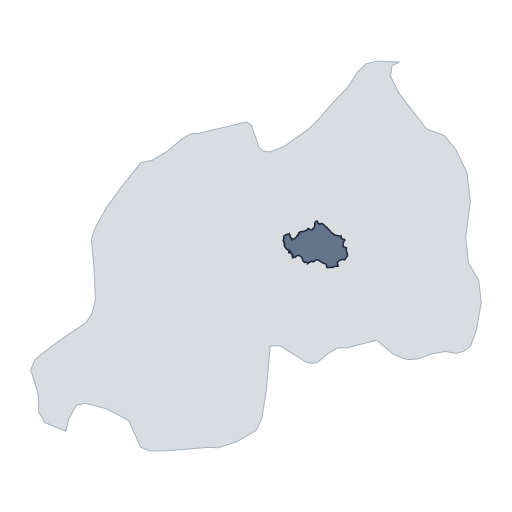 Gasabo, Kigali City, Rwanda (highlighted)
{"feature_id": "39286606B27612515465928", "entity_name": "Gasabo", "entity_type": "district", "adm_level": 2, "iso_a3": "RWA", "parent_name": "Rwanda", "parent_adm1": "Kigali City", "projection": "mercator", "projection_center": [30.108, -1.884], "detail": "fine", "context": "in_parent", "style": "filled", "palette": "slate", "viewbox_px": 512, "rotation_deg": 0, "n_neighbors": 0, "source": "geoboundaries", "source_scale": "gbopen_adm2", "svg_char_len": 6204}
<svg xmlns="http://www.w3.org/2000/svg" viewBox="0 0 512 512"><path d="M191.3,133.6L198.6,133.4L246.7,121.9L251.5,125.5L259.2,147.9L263.3,151.1L270.1,151.9L283.5,146.8L308.3,129.3L319.1,118.7L331.9,103.8L348.1,86.9L357.2,72.3L366.1,63.7L377.7,61.1L390.5,61.8L399.5,62.0L392.1,65.6L390.6,76.3L399.1,93.5L426.7,129.1L444.3,135.6L455.8,149.4L467.0,172.7L470.3,201.9L465.7,236.9L468.5,263.0L478.6,280.1L481.3,302.3L476.5,329.6L470.6,345.9L463.7,351.3L455.8,353.3L445.2,351.5L432.2,353.8L418.1,358.9L409.2,359.6L403.7,358.6L393.3,354.3L376.8,340.2L346.1,348.0L337.8,347.8L326.6,354.5L317.4,362.7L311.8,363.3L306.2,362.2L279.7,345.6L270.1,346.1L266.1,392.8L261.7,418.7L256.2,430.3L237.3,441.5L218.3,447.8L207.9,447.4L166.0,450.8L149.6,450.9L140.6,447.1L128.8,420.6L106.6,408.8L85.3,403.3L76.6,404.9L68.9,418.7L65.7,431.1L45.0,422.6L38.8,412.1L38.3,394.4L30.7,370.0L34.9,359.7L43.0,353.0L60.2,340.1L86.2,322.4L91.9,313.8L95.5,299.7L93.9,266.8L91.4,239.1L94.5,229.2L106.4,207.7L122.3,185.8L141.0,162.6L152.2,160.3L166.9,151.5L182.5,138.5L191.3,133.6Z" fill="#d9dde1" stroke="#a8b0b8" stroke-width="1"/><path d="M302.6,259.2L302.9,260.6L303.1,261.0L303.6,261.6L304.1,262.0L304.4,262.0L304.5,262.3L304.8,262.0L306.4,262.5L306.8,262.5L307.1,262.6L307.4,262.9L307.6,262.8L307.5,262.5L307.5,262.3L307.7,262.7L308.3,263.1L308.2,263.3L308.5,263.1L308.8,262.5L309.1,262.4L309.3,262.2L309.7,262.2L310.4,261.8L311.7,261.3L311.8,261.2L312.3,261.5L312.8,261.6L313.3,261.8L313.3,261.7L313.6,261.6L314.1,261.4L315.0,260.6L316.6,259.7L317.0,259.8L318.7,260.3L319.0,260.3L320.2,261.4L322.2,262.6L322.8,262.9L324.2,263.4L324.3,263.4L324.6,263.5L325.5,263.8L326.0,264.2L326.0,264.5L326.6,265.4L326.7,267.4L326.8,267.5L327.3,267.5L328.9,267.5L329.7,267.5L331.0,267.4L332.7,267.5L333.0,267.4L333.2,267.1L333.5,266.9L334.0,266.6L334.6,266.4L336.8,266.3L336.9,266.2L337.5,266.2L338.3,266.1L338.3,265.9L337.8,265.2L337.6,265.0L337.6,264.0L337.4,263.2L337.5,262.7L337.6,262.4L337.8,261.9L337.9,261.7L339.1,260.7L339.9,260.2L340.2,260.1L341.4,259.7L341.6,259.7L342.4,259.4L344.8,259.9L345.3,258.6L346.0,258.0L346.5,256.8L347.5,255.8L347.5,255.6L347.4,253.9L347.1,253.4L347.1,253.2L347.0,252.7L346.9,252.6L346.7,251.9L346.6,251.2L346.2,250.2L346.1,249.8L346.2,249.0L346.1,248.6L346.3,248.3L346.6,248.0L346.4,247.8L346.1,247.7L345.1,247.2L344.8,247.1L343.6,246.9L343.3,246.7L343.3,245.8L343.1,243.9L343.3,243.0L343.3,242.5L343.4,242.4L343.8,242.1L343.8,241.7L343.8,241.2L344.9,240.1L344.6,239.9L344.4,239.5L344.2,239.6L343.8,239.3L342.3,238.8L341.9,238.5L341.6,238.4L341.3,238.4L341.0,238.5L340.9,238.4L341.0,238.2L341.1,237.9L341.3,237.3L341.0,235.8L340.5,236.0L339.6,236.0L338.2,235.8L335.8,235.2L334.8,235.0L334.4,234.9L334.2,234.7L333.8,234.3L333.4,233.7L332.6,233.3L332.0,233.0L331.7,232.9L331.1,232.5L330.7,231.6L329.6,230.3L329.3,230.1L328.8,229.8L328.5,229.5L328.3,228.9L328.0,228.6L327.6,228.4L326.3,226.8L324.9,226.1L324.6,225.9L324.5,225.7L324.4,225.3L324.2,225.0L324.0,224.9L323.3,224.6L322.6,223.8L322.2,223.6L321.8,223.4L321.5,223.4L321.2,223.5L320.8,223.8L320.7,223.8L320.2,223.9L319.5,223.8L318.7,224.0L318.4,223.8L318.3,223.7L317.9,222.3L317.5,221.3L316.6,221.1L315.6,221.6L315.3,222.0L315.2,222.4L314.7,223.4L314.8,225.5L314.7,225.8L314.3,226.6L314.2,227.6L313.7,228.1L313.1,228.4L313.0,228.6L312.9,228.8L312.7,228.9L312.5,229.2L312.3,229.7L312.1,229.9L311.9,230.1L311.5,230.1L311.1,230.2L310.4,229.9L309.8,229.3L309.5,229.1L308.1,228.5L307.9,228.5L307.7,228.6L307.7,229.1L307.5,229.4L307.4,229.7L307.2,229.8L306.8,230.2L306.5,230.3L306.3,230.4L306.1,230.3L305.6,230.5L305.2,230.8L304.9,230.9L304.8,231.0L304.5,231.1L304.4,231.2L303.6,231.5L303.3,231.4L302.4,231.4L302.1,231.6L301.6,231.7L301.2,231.6L300.5,231.8L300.3,231.9L299.8,232.1L299.7,232.3L299.3,232.5L298.9,232.8L299.0,232.9L298.9,232.9L298.8,233.2L298.7,233.3L298.3,234.0L298.1,234.6L298.2,235.1L298.4,235.5L298.2,235.6L297.5,235.5L297.2,235.6L296.7,236.2L296.5,236.9L296.3,237.2L296.0,237.4L295.8,237.7L295.4,237.7L295.1,237.9L294.7,238.3L294.5,238.8L294.3,238.9L294.0,238.9L293.3,239.1L292.5,239.9L292.2,240.2L291.9,239.7L292.0,239.2L291.8,239.0L291.8,238.6L291.6,238.5L291.7,238.4L291.5,238.1L291.4,238.0L291.2,237.8L291.2,237.7L290.9,237.5L290.5,237.4L290.4,236.9L290.3,236.7L290.3,236.8L290.3,236.6L290.2,236.4L290.2,236.2L290.3,236.3L290.3,236.2L290.2,236.1L290.1,235.9L290.1,235.7L290.1,235.4L289.7,234.6L289.5,234.3L289.4,234.2L289.2,234.0L289.2,233.7L288.6,234.1L288.1,234.2L287.9,234.1L287.5,234.3L287.2,234.2L287.1,234.3L286.6,234.5L285.4,234.9L285.1,235.1L284.9,235.4L284.7,235.7L284.4,236.0L283.7,236.2L283.8,236.6L284.0,237.2L283.9,237.3L284.0,237.5L283.9,237.8L284.0,237.8L284.0,238.0L283.9,238.6L283.7,239.0L283.6,239.3L283.6,239.5L283.4,239.8L283.5,239.9L283.4,240.2L283.2,240.3L283.4,240.6L283.3,240.9L283.4,241.0L283.6,241.1L283.7,241.7L284.0,241.8L284.1,242.0L284.1,242.3L284.2,242.5L284.4,243.1L284.2,243.2L284.3,243.4L284.2,243.4L284.2,243.7L284.3,243.8L284.2,244.0L284.2,244.4L284.4,244.5L284.5,244.9L284.5,245.0L284.3,245.2L284.5,245.6L284.6,245.8L284.5,246.1L284.6,246.5L285.1,246.9L285.2,247.2L285.3,247.2L285.3,247.4L285.4,247.5L285.6,247.6L285.8,248.1L286.0,248.3L286.1,248.5L286.3,248.6L286.4,248.8L286.6,248.9L286.5,249.0L286.9,249.3L287.3,249.7L287.4,249.8L287.5,249.8L287.8,249.9L288.2,249.9L288.7,250.3L288.9,250.3L289.2,250.5L289.3,250.6L289.6,250.7L289.7,250.9L290.1,251.1L289.9,251.2L289.9,251.3L289.8,251.6L289.5,251.5L288.9,251.6L288.8,251.9L288.8,252.6L289.0,252.5L289.3,252.6L290.1,252.1L290.4,252.0L290.6,252.1L290.7,252.5L290.6,253.0L290.9,253.2L291.0,253.6L291.3,253.7L291.6,253.9L291.9,253.9L292.0,254.0L291.9,254.1L292.0,254.3L292.3,254.4L292.6,254.5L292.5,255.2L292.4,255.3L292.5,255.4L292.4,255.5L292.1,255.6L292.0,255.8L292.3,256.0L292.4,256.5L292.4,256.8L292.8,256.9L292.7,256.7L292.8,256.6L293.0,256.4L293.3,256.8L293.5,257.1L293.4,257.1L293.4,257.3L293.3,257.5L293.7,257.3L294.1,257.4L294.5,257.3L294.9,257.4L295.2,256.7L295.4,256.7L295.6,256.5L296.0,256.5L296.6,255.7L297.0,255.6L297.8,255.6L298.1,255.5L298.4,255.5L298.6,255.4L298.9,255.5L299.0,255.6L299.9,256.0L300.6,256.4L301.5,257.2L302.2,258.0L302.3,258.6L302.2,258.6L302.3,259.1L302.6,259.2Z" fill="#64748b" stroke="#1e293b" stroke-width="1.5"/></svg>